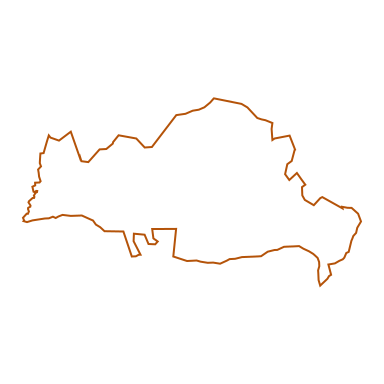 Mikang, Plateau, Nigeria
{"feature_id": "59680162B72495617993590", "entity_name": "Mikang", "entity_type": "district", "adm_level": 2, "iso_a3": "NGA", "parent_name": "Nigeria", "parent_adm1": "Plateau", "projection": "orthographic", "projection_center": [9.594, 9.02], "detail": "fine", "context": "isolated", "style": "outline", "palette": "amber", "viewbox_px": 384, "rotation_deg": 0, "n_neighbors": 0, "source": "geoboundaries", "source_scale": "gbopen_adm2", "svg_char_len": 2189}
<svg xmlns="http://www.w3.org/2000/svg" viewBox="0 0 384 384"><path d="M320.2,285.6L327.4,278.8L329.0,276.1L331.1,274.8L328.4,264.5L334.9,263.4L339.4,260.8L342.8,259.3L344.3,257.7L346.3,253.0L348.7,251.9L351.4,240.8L352.4,238.5L353.3,236.0L356.1,232.9L357.2,228.0L357.3,227.7L361.0,221.5L358.1,213.7L351.6,207.9L347.5,207.8L342.1,206.8L342.5,208.4L322.3,197.1L320.3,198.1L313.8,205.2L304.8,199.9L302.3,195.4L302.0,187.1L305.3,184.7L301.7,179.8L296.9,173.0L289.3,180.0L285.1,174.2L287.3,164.2L291.7,161.0L294.6,150.1L295.1,149.7L289.6,135.6L274.6,138.5L272.4,140.0L271.6,128.9L272.4,123.0L265.4,120.2L261.6,119.4L257.3,118.0L247.4,107.4L241.5,103.9L214.1,98.4L213.8,98.4L210.2,102.5L204.4,107.3L198.8,109.7L192.7,110.7L185.5,113.8L176.3,115.1L151.9,147.0L144.7,147.5L136.3,138.5L118.6,135.3L113.1,142.1L112.8,143.6L106.3,149.0L99.6,149.4L88.3,162.1L81.4,161.2L80.1,157.1L79.9,157.8L70.8,131.7L59.0,140.6L50.5,137.6L48.8,135.4L47.0,141.2L44.9,148.5L43.6,153.1L40.4,153.5L39.9,161.0L39.8,163.2L41.0,166.4L38.1,169.5L38.7,173.0L39.1,176.7L40.6,181.2L39.5,182.5L35.1,182.7L35.2,185.4L32.4,186.7L33.5,191.7L34.7,192.2L36.2,190.9L37.2,191.0L37.0,192.1L35.5,192.9L33.9,195.6L34.4,196.9L34.1,197.9L32.6,198.0L28.9,201.3L28.5,202.4L30.5,205.5L30.3,206.7L28.2,207.8L28.0,209.0L28.9,211.5L27.9,213.8L26.7,213.7L23.0,217.8L24.1,220.5L23.6,221.1L27.0,222.1L32.5,220.4L44.8,218.5L48.9,218.3L52.9,216.7L55.7,218.0L58.4,216.5L62.5,214.9L70.8,215.9L76.3,215.7L81.8,215.5L90.2,219.3L93.0,220.5L95.9,224.6L100.2,227.2L104.5,231.2L123.4,231.5L131.8,256.5L135.9,256.3L138.6,254.8L140.5,254.7L133.6,241.2L133.9,233.7L144.6,234.7L148.5,244.0L155.2,244.3L157.7,241.5L153.4,238.4L152.2,229.0L158.3,229.0L158.6,229.0L176.1,228.9L173.3,256.5L187.0,261.0L191.1,260.8L196.6,260.5L200.7,261.7L200.8,261.7L207.7,262.8L213.2,262.6L220.1,263.7L226.9,260.6L229.6,259.1L235.1,258.8L241.9,257.1L251.5,256.7L251.8,256.7L258.3,256.4L261.1,256.2L267.7,251.7L274.5,250.0L277.3,249.9L284.0,246.8L288.1,246.6L293.6,246.4L299.1,246.1L303.4,248.7L309.0,251.3L313.2,253.9L314.7,255.2L317.6,257.9L319.1,262.0L319.3,266.2L318.1,270.4L318.3,273.2L318.6,280.1L319.4,282.9L320.2,285.6Z" fill="none" stroke="#b45309" stroke-width="2"/></svg>